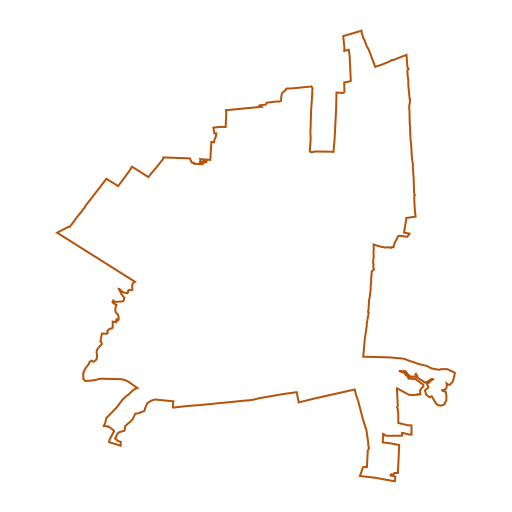 outline of Brebeni, Olt, Romania
{"feature_id": "2599482B35744106763327", "entity_name": "Brebeni", "entity_type": "district", "adm_level": 2, "iso_a3": "ROU", "parent_name": "Romania", "parent_adm1": "Olt", "projection": "natural_earth1", "projection_center": [24.489, 44.373], "detail": "fine", "context": "isolated", "style": "outline", "palette": "amber", "viewbox_px": 512, "rotation_deg": 0, "n_neighbors": 0, "source": "geoboundaries", "source_scale": "gbopen_adm2", "svg_char_len": 6030}
<svg xmlns="http://www.w3.org/2000/svg" viewBox="0 0 512 512"><path d="M363.1,467.1L359.9,476.0L374.0,477.6L394.8,481.3L395.3,476.7L392.5,475.8L390.5,475.6L390.4,475.4L391.1,474.3L392.4,474.5L393.6,474.2L394.4,473.0L397.9,473.0L399.2,445.0L390.1,443.3L382.7,442.4L383.1,436.7L383.1,434.0L384.5,434.5L385.2,435.5L387.9,435.8L402.0,435.7L402.2,435.3L401.9,433.1L402.5,432.8L408.5,434.4L411.5,434.7L411.5,425.4L407.3,425.2L398.3,422.9L398.3,416.2L398.1,410.8L397.7,410.1L397.8,408.8L397.0,407.4L397.7,406.1L397.7,404.4L397.1,391.7L396.8,388.6L397.0,388.3L409.0,394.8L412.5,395.0L417.7,394.7L417.7,394.2L418.0,394.2L420.4,394.3L420.1,391.7L420.2,390.2L421.1,388.7L423.3,386.5L423.5,385.3L423.3,384.8L421.9,383.6L415.1,379.0L413.9,378.8L411.9,378.9L409.7,378.4L408.5,378.7L408.3,378.2L408.8,377.6L407.2,376.0L405.8,375.2L405.3,374.0L403.5,372.5L400.0,371.5L399.7,371.3L399.7,371.0L401.2,371.0L404.0,371.6L404.2,370.9L405.1,371.1L405.2,371.9L406.4,372.1L407.3,374.0L408.8,375.0L409.4,376.0L411.5,376.7L414.0,376.5L415.0,376.8L415.8,376.1L415.6,374.0L415.9,373.8L417.4,376.3L416.6,377.0L416.6,377.3L423.4,381.3L424.2,382.3L424.7,382.6L425.6,382.4L427.7,381.6L431.4,379.0L432.2,378.8L432.9,379.0L433.1,379.3L431.4,380.3L428.9,382.7L426.9,383.7L428.4,387.2L428.1,387.8L425.9,389.5L424.9,390.5L425.6,392.4L425.9,394.4L429.6,397.2L431.7,396.3L436.3,403.9L438.2,405.2L440.7,405.6L442.6,405.2L444.5,404.3L444.8,403.8L444.9,402.5L446.1,401.1L446.3,400.1L446.4,395.5L445.8,392.1L445.3,391.6L442.6,390.9L442.3,390.6L442.3,390.0L444.4,389.8L445.9,388.9L446.4,387.9L446.8,385.8L446.8,384.8L446.5,383.4L448.2,384.5L449.7,384.9L452.4,382.1L453.0,380.8L454.9,373.2L454.6,372.6L447.2,369.1L441.3,369.1L439.4,369.8L432.3,368.6L429.8,367.6L426.8,365.9L418.5,364.0L411.8,361.5L410.7,361.4L404.6,358.9L401.0,358.4L389.8,357.4L363.2,356.7L364.8,339.0L366.8,325.4L366.7,323.9L368.7,312.7L368.1,312.2L368.1,311.3L368.5,309.9L369.1,299.7L369.7,297.4L370.7,289.1L370.6,286.7L371.2,282.0L371.1,278.1L371.6,275.6L371.6,271.9L372.2,270.8L373.6,269.8L374.1,269.2L373.5,268.2L373.3,267.2L373.3,265.9L373.6,264.6L373.1,262.8L373.0,261.9L373.7,257.3L373.5,252.4L373.7,249.1L373.6,244.5L379.8,246.4L384.7,247.5L388.3,247.3L391.4,247.8L391.5,247.2L391.9,247.0L393.5,247.1L394.7,242.9L398.2,236.1L399.6,235.8L402.2,236.0L407.2,236.8L409.6,233.9L409.6,233.6L404.0,232.6L406.2,219.7L406.3,218.0L415.6,216.6L414.9,210.9L414.3,200.9L414.2,196.9L414.3,196.1L414.9,195.0L414.2,193.9L414.1,192.6L413.6,178.2L412.8,167.1L413.0,164.4L412.7,163.2L411.8,156.4L411.1,144.0L410.7,141.4L410.3,134.6L410.1,128.2L410.3,127.2L409.9,125.5L409.6,120.1L409.5,110.7L409.2,109.2L409.2,107.7L409.3,105.1L409.8,103.1L410.1,99.5L410.0,99.2L409.7,99.2L408.3,85.0L408.3,79.5L407.6,75.3L407.4,71.3L407.6,70.0L408.6,69.0L408.6,68.7L407.6,67.8L407.4,67.2L406.5,54.9L393.1,60.0L391.5,60.1L390.7,60.9L383.8,63.9L375.2,66.9L368.8,49.8L366.7,46.1L364.2,39.5L363.0,37.7L362.7,35.7L361.6,32.5L361.6,30.7L343.2,36.1L344.4,47.7L344.5,49.7L344.2,50.2L344.2,50.9L348.8,49.8L349.7,56.6L350.8,80.9L348.4,81.7L344.2,82.4L344.4,91.6L344.0,92.5L342.6,93.0L336.5,92.5L336.1,109.9L334.6,138.8L333.5,151.9L330.5,151.7L315.0,151.5L311.8,152.2L310.3,151.9L309.8,151.3L310.7,138.0L310.4,133.2L311.1,110.6L312.2,94.5L312.3,90.4L312.6,88.8L311.5,86.5L291.8,88.4L286.4,88.6L286.1,88.8L286.0,89.6L285.6,90.1L282.2,93.0L281.8,93.8L281.2,97.5L281.2,100.2L280.8,101.1L279.1,101.5L276.5,101.5L266.6,102.7L266.4,103.7L265.7,104.6L259.7,105.3L259.4,105.6L261.3,106.8L226.0,110.2L226.3,113.5L225.6,127.0L221.1,126.9L213.4,127.6L214.4,133.4L216.4,133.4L215.8,136.6L214.4,139.8L214.1,142.3L211.4,141.9L210.3,159.9L200.2,159.1L200.6,160.4L200.1,161.3L199.9,162.3L200.8,162.8L203.5,161.3L206.1,160.8L206.6,161.3L206.4,162.0L203.6,162.8L202.6,164.3L193.9,163.7L193.9,162.8L191.7,162.6L191.4,161.3L190.5,160.1L190.2,158.6L189.8,158.4L163.3,157.4L163.4,158.4L162.9,159.3L154.2,170.0L150.5,174.2L148.5,177.1L132.0,166.7L128.9,171.6L118.2,186.1L106.4,178.8L85.1,206.4L84.7,207.8L83.7,208.5L81.9,211.1L77.7,216.2L70.0,226.6L69.2,227.1L68.3,226.9L57.1,232.7L135.0,281.8L133.7,282.5L132.7,283.4L132.1,286.2L132.5,289.1L132.3,289.8L131.5,290.3L129.3,289.9L128.6,290.1L128.1,290.8L128.2,292.3L127.3,293.2L123.6,292.5L122.1,291.6L119.3,289.0L118.8,288.9L119.2,290.0L120.6,292.0L121.2,293.6L122.9,296.2L124.5,297.9L124.1,298.5L123.9,300.0L123.4,300.8L122.6,301.4L116.5,301.8L114.1,301.8L113.4,300.4L113.2,300.4L112.9,301.7L112.5,302.3L114.0,303.6L116.5,304.7L115.4,308.3L115.3,310.5L115.8,312.4L117.8,314.5L118.5,316.4L118.7,318.9L116.5,319.4L116.7,320.1L118.2,319.9L118.2,320.5L116.1,320.8L116.1,322.2L112.7,321.6L112.7,327.6L111.8,328.5L110.5,328.5L109.2,329.1L108.3,330.0L108.3,330.4L107.4,330.8L107.5,333.4L106.3,333.7L101.9,333.6L100.4,341.5L101.1,341.8L101.7,343.1L101.6,344.3L101.4,344.9L100.2,345.6L98.1,348.3L97.2,349.6L96.8,350.6L96.6,352.0L96.9,354.5L97.0,356.6L96.6,359.3L93.8,361.7L93.2,361.7L91.3,360.6L89.4,362.2L88.8,364.0L85.5,368.3L83.7,371.7L83.6,372.8L83.1,373.6L83.4,376.6L83.1,378.5L84.2,380.0L85.3,380.9L86.3,381.1L87.2,380.7L89.3,380.8L93.2,380.3L96.3,379.8L100.1,378.7L121.7,379.2L126.2,380.5L129.6,382.5L137.4,388.1L135.7,388.6L134.2,389.4L131.2,391.9L128.9,394.2L126.4,396.0L123.6,398.8L123.0,399.1L116.1,408.1L106.3,418.1L105.3,422.8L103.8,426.0L105.4,426.1L107.6,426.7L107.8,426.3L109.3,427.0L113.9,430.6L114.0,431.3L110.0,438.8L109.2,441.2L109.1,442.2L120.6,445.7L120.8,441.9L118.4,441.2L115.2,438.7L115.2,437.9L116.1,437.0L116.5,435.6L117.7,433.4L119.3,432.2L124.5,430.7L124.8,429.6L125.0,426.5L127.2,424.2L130.2,421.9L132.7,419.1L135.3,413.7L138.7,413.2L144.1,411.0L144.6,410.4L145.1,408.3L147.2,403.3L151.2,400.7L155.0,399.5L173.4,401.3L172.9,404.2L173.0,407.5L173.3,407.6L186.2,406.1L200.6,405.0L242.9,400.8L248.2,400.3L249.4,400.5L250.1,400.1L253.0,399.8L259.8,398.1L283.5,394.0L296.7,392.2L298.7,402.4L314.5,398.5L354.7,389.5L356.1,395.1L358.2,401.1L363.0,419.6L366.4,430.1L368.2,442.7L368.3,445.8L369.1,448.2L367.8,450.3L366.9,467.1L363.9,466.8L363.1,467.1Z" fill="none" stroke="#b45309" stroke-width="2"/></svg>